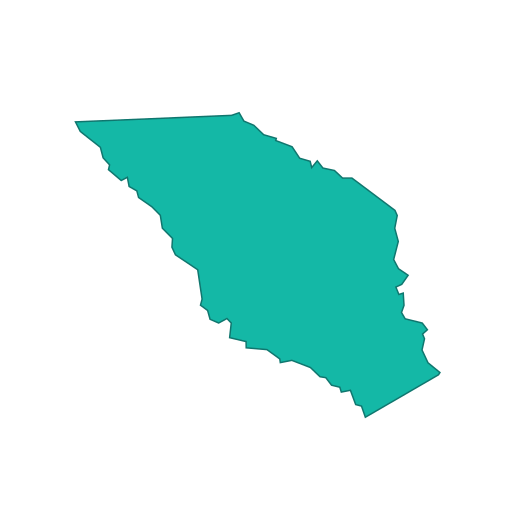 Angelina, Texas, United States of America (Robinson projection), rotated 191°
{"feature_id": "52423323B89498799122377", "entity_name": "Angelina", "entity_type": "district", "adm_level": 2, "iso_a3": "USA", "parent_name": "United States of America", "parent_adm1": "Texas", "projection": "robinson", "projection_center": [-94.635, 31.277], "detail": "fine", "context": "isolated", "style": "filled", "palette": "teal", "viewbox_px": 512, "rotation_deg": 191, "n_neighbors": 0, "source": "geoboundaries", "source_scale": "gbopen_adm2", "svg_char_len": 1134}
<svg xmlns="http://www.w3.org/2000/svg" viewBox="0 0 512 512"><g transform="rotate(191 256 256)"><path d="M128.3,327.3L176.7,350.8L185.9,349.0L195.3,354.9L207.1,355.1L214.0,361.1L218.2,353.4L220.9,359.3L231.8,360.3L241.4,370.1L258.7,373.1L258.5,375.3L271.6,376.5L283.1,383.9L293.6,386.1L299.9,393.4L306.8,389.4L458.8,353.2L452.2,344.7L429.5,333.0L424.8,323.2L417.1,317.5L417.3,312.6L402.7,304.4L397.3,308.7L393.8,300.0L385.4,297.2L382.4,291.0L367.5,284.4L357.7,277.7L353.2,265.4L341.3,257.3L340.2,248.6L335.3,241.8L310.6,231.4L300.7,203.4L301.1,197.1L293.1,193.3L289.0,185.1L279.9,183.1L272.6,189.1L267.5,185.5L266.3,170.8L249.4,170.1L248.1,164.0L227.4,166.2L213.0,159.5L211.8,156.0L200.9,160.4L181.3,156.9L170.1,149.7L164.3,149.9L157.2,143.6L148.7,143.2L146.3,138.7L137.7,142.2L129.8,129.2L123.8,128.8L117.9,118.6L54.2,174.2L53.2,176.7L66.8,184.0L75.1,195.4L74.8,206.9L77.6,211.2L73.7,216.3L80.0,221.9L97.6,222.8L102.4,228.3L101.3,235.8L104.4,247.7L108.4,245.5L112.8,252.2L107.5,256.0L103.0,266.1L113.7,270.7L120.2,278.8L119.1,297.4L125.1,309.7L125.1,322.7L128.3,327.3Z" fill="#14b8a6" stroke="#0f766e" stroke-width="1.5"/></g></svg>